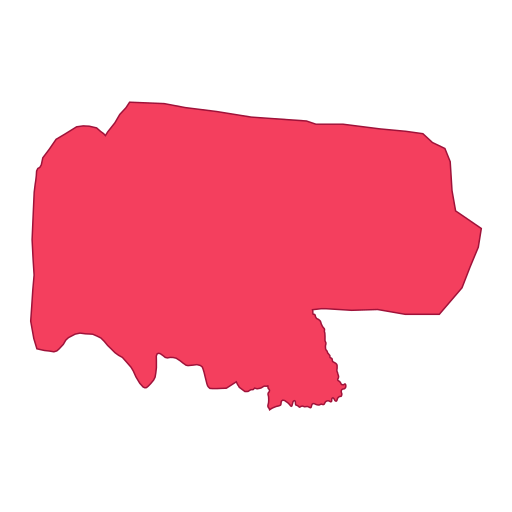 Deiyai, Papua, Indonesia
{"feature_id": "22746128B51921656212420", "entity_name": "Deiyai", "entity_type": "district", "adm_level": 2, "iso_a3": "IDN", "parent_name": "Indonesia", "parent_adm1": "Papua", "projection": "equal_earth", "projection_center": [136.433, -4.156], "detail": "fine", "context": "isolated", "style": "filled", "palette": "rose", "viewbox_px": 512, "rotation_deg": 0, "n_neighbors": 0, "source": "geoboundaries", "source_scale": "gbopen_adm2", "svg_char_len": 6030}
<svg xmlns="http://www.w3.org/2000/svg" viewBox="0 0 512 512"><path d="M481.3,228.5L455.6,210.9L452.0,190.5L450.2,161.7L444.9,148.5L432.4,142.5L422.9,133.7L405.8,131.3L380.0,128.9L342.9,124.2L315.9,124.2L306.5,121.0L251.2,117.1L216.5,111.5L185.3,107.6L164.2,103.6L129.6,102.2L126.0,107.7L119.8,114.4L114.9,122.8L107.7,131.9L105.4,135.6L103.6,133.6L100.8,131.6L96.6,127.9L89.3,126.2L83.2,125.9L76.6,126.8L64.7,134.2L56.1,139.3L49.3,149.2L42.8,157.8L41.3,164.9L39.8,167.4L37.8,168.5L36.6,171.0L36.3,175.8L35.8,180.2L35.2,184.1L34.2,192.2L33.4,209.8L32.8,223.6L32.1,239.7L33.1,259.4L34.1,275.1L32.8,289.8L31.7,306.8L30.7,321.1L33.8,338.5L36.9,348.8L38.3,349.1L39.5,349.4L44.5,350.5L49.2,351.0L53.9,351.8L56.8,350.9L58.9,349.1L63.3,344.4L65.8,340.1L68.5,337.6L75.2,334.1L80.0,333.1L85.4,333.8L89.6,334.0L92.7,334.2L97.3,336.2L100.9,338.0L104.3,341.4L107.6,345.4L111.3,349.0L115.0,352.7L118.6,355.3L122.4,357.4L126.5,362.0L131.1,367.3L133.3,371.0L135.9,376.8L139.8,383.3L143.1,387.0L144.9,387.8L146.5,387.6L148.2,386.2L150.8,383.5L153.6,380.1L155.1,377.1L155.8,372.9L156.4,367.7L156.4,361.2L156.3,356.0L157.1,353.9L158.3,353.3L160.2,353.6L163.3,355.8L165.2,357.4L167.4,357.9L170.2,357.4L173.2,357.5L176.2,358.2L180.2,360.8L182.9,363.0L184.8,364.3L186.0,365.2L188.0,365.6L193.1,365.1L196.9,364.6L200.4,365.5L202.3,367.0L203.1,369.1L204.1,372.4L205.2,377.0L206.1,380.6L206.9,383.8L207.6,385.8L208.5,387.1L209.9,388.4L212.8,388.6L216.8,388.6L221.0,388.4L226.4,388.2L236.3,381.8L237.6,384.6L238.6,386.0L239.2,387.2L239.8,387.7L242.2,389.5L244.9,391.5L247.0,391.5L248.1,391.4L250.3,390.0L250.8,389.7L253.0,389.6L253.3,389.5L254.6,388.1L257.1,388.8L259.8,388.3L261.2,387.9L263.1,386.7L264.3,386.1L266.6,386.2L267.8,385.9L268.0,387.3L268.1,388.1L268.4,388.7L269.2,389.4L269.5,390.1L269.5,390.8L269.3,391.4L269.0,392.0L268.6,392.5L268.3,392.8L268.1,393.5L268.0,394.1L268.1,394.8L268.3,395.6L268.5,396.4L268.6,397.1L268.6,397.8L268.7,399.5L268.6,402.1L268.4,403.5L268.2,404.0L267.9,405.6L267.9,406.1L268.0,406.7L268.2,407.2L268.4,407.6L269.2,408.5L269.6,409.8L271.1,408.8L271.9,408.3L273.6,407.5L276.4,406.4L277.9,406.1L278.7,405.9L279.5,405.6L280.2,405.3L280.6,405.0L280.8,404.7L281.0,403.5L281.2,402.0L281.3,401.4L281.7,400.9L282.6,400.2L283.9,400.3L285.1,400.8L286.1,401.6L287.3,402.4L288.4,403.3L289.7,404.7L290.6,405.9L291.3,406.3L291.9,405.9L292.3,404.5L293.1,401.6L293.7,400.9L294.2,400.7L294.6,400.7L295.0,401.0L295.3,401.5L295.4,402.4L295.5,403.8L295.7,404.8L296.1,405.1L296.5,405.2L297.7,405.7L298.6,406.5L299.4,407.1L299.8,407.2L300.2,406.9L300.5,406.6L300.9,406.4L301.5,406.3L302.0,406.1L302.6,406.1L303.2,406.3L304.0,406.6L304.6,406.8L305.2,406.7L306.1,406.6L306.8,406.5L307.4,406.5L307.9,406.6L308.4,406.8L309.5,407.4L310.0,407.6L310.3,407.7L310.6,407.7L310.8,407.6L311.0,407.4L311.2,407.1L311.7,405.2L312.2,404.1L312.8,403.7L313.7,403.6L314.3,403.7L314.8,403.9L315.6,404.3L316.4,404.6L317.1,404.8L317.7,404.9L318.5,405.0L319.1,405.0L320.1,404.6L320.8,404.2L321.2,404.1L322.6,404.5L323.3,404.6L323.9,404.4L324.2,404.1L325.3,402.1L325.7,401.7L326.2,401.3L326.9,401.0L327.7,400.8L328.4,400.8L329.5,401.2L330.2,401.6L330.4,401.7L330.7,401.8L331.1,401.7L331.3,401.6L331.5,401.4L331.6,401.2L331.7,400.9L331.7,400.5L331.7,399.8L331.8,399.1L331.9,398.7L332.0,398.4L332.2,398.2L332.4,398.0L332.6,397.9L333.1,397.9L333.4,398.1L333.8,398.5L334.5,399.7L334.7,400.1L334.9,400.5L335.1,400.7L335.6,401.0L335.9,401.1L336.2,401.1L336.5,401.0L336.7,400.7L336.9,400.4L337.0,400.1L337.2,399.6L337.3,399.1L337.4,398.7L337.6,398.4L337.7,398.1L338.1,397.7L338.4,397.3L338.8,397.0L339.1,396.8L339.3,396.7L339.6,396.5L340.2,396.4L340.5,396.4L340.9,396.4L341.3,396.1L341.4,395.9L341.5,395.7L341.7,395.1L341.8,394.8L341.8,394.6L341.8,394.1L341.8,393.7L341.7,393.3L341.4,392.6L341.3,392.2L341.3,391.8L341.2,391.5L341.2,391.1L341.3,390.8L341.4,390.5L341.5,390.1L341.7,389.8L341.9,389.6L342.2,389.3L342.5,389.2L342.8,389.1L343.7,388.9L344.1,388.8L344.5,388.7L344.8,388.4L345.0,388.2L345.4,387.8L345.6,387.3L345.8,386.9L345.8,386.4L345.8,385.9L345.8,385.3L345.7,384.9L345.6,384.6L345.4,384.3L345.2,384.0L344.6,384.0L343.7,384.7L343.5,384.8L343.1,384.8L342.8,384.8L342.6,384.7L342.1,384.6L341.8,384.6L341.5,384.5L341.3,384.2L341.0,383.7L340.5,382.7L340.2,382.2L339.8,381.8L339.5,381.4L338.6,380.9L338.2,380.6L337.9,380.3L337.8,380.0L337.7,379.6L337.7,379.3L337.8,378.9L338.0,378.6L338.2,378.3L338.4,377.8L338.5,377.3L338.6,376.7L338.5,376.0L338.3,375.3L337.8,373.9L337.7,373.4L337.6,372.8L337.3,372.1L337.1,371.6L336.9,371.1L336.9,370.6L336.9,370.0L336.9,369.4L337.0,368.9L337.1,368.3L337.1,366.2L337.1,365.9L337.1,365.5L337.0,365.2L336.9,364.8L336.7,364.3L336.2,363.8L335.8,363.4L335.2,363.0L334.6,362.6L333.9,362.3L333.5,362.0L332.9,361.7L332.6,361.5L332.5,361.1L332.4,360.8L332.4,360.3L332.2,359.6L332.1,358.9L331.7,358.4L331.4,358.2L330.9,357.9L330.6,357.8L330.2,357.6L330.1,357.4L329.9,357.1L329.9,355.9L329.8,355.5L329.6,355.2L329.2,354.8L328.3,353.6L328.0,353.3L327.7,353.0L327.6,352.7L327.5,352.4L327.4,352.1L327.2,351.5L327.0,351.0L326.5,350.4L326.2,350.1L325.9,349.7L325.8,349.3L325.6,348.8L325.5,348.2L325.5,347.4L325.4,346.8L325.5,346.1L325.5,345.5L325.9,344.0L325.9,343.4L325.9,342.8L325.7,342.3L325.4,341.7L325.2,341.2L325.0,340.6L325.0,340.1L325.0,339.2L325.0,337.8L325.0,337.0L325.0,336.2L324.9,334.7L324.9,334.2L324.8,333.0L324.7,332.6L324.5,332.0L324.4,331.7L324.4,331.3L324.4,330.7L324.5,330.0L324.5,329.7L324.5,329.3L324.4,328.9L324.1,328.5L323.9,328.2L323.7,328.0L322.7,326.8L322.5,326.4L322.3,326.1L321.2,323.8L320.8,322.3L320.4,321.2L320.1,320.9L319.9,320.6L319.5,320.3L318.9,319.7L318.5,319.4L318.1,319.2L317.1,318.8L316.6,318.4L316.3,318.1L316.0,317.6L315.8,317.3L315.5,316.7L315.2,315.4L315.0,315.0L314.8,314.6L314.4,314.4L314.1,314.3L313.7,314.3L313.3,314.3L313.2,314.2L313.0,313.9L312.9,313.5L312.8,312.3L312.8,311.2L312.7,310.5L312.6,310.1L312.5,309.7L321.2,308.7L325.9,308.7L351.7,310.3L377.6,309.5L405.2,314.3L439.3,314.3L462.0,287.8L470.1,266.9L478.3,247.2L481.3,228.5Z" fill="#f43f5e" stroke="#9f1239" stroke-width="1.5"/></svg>